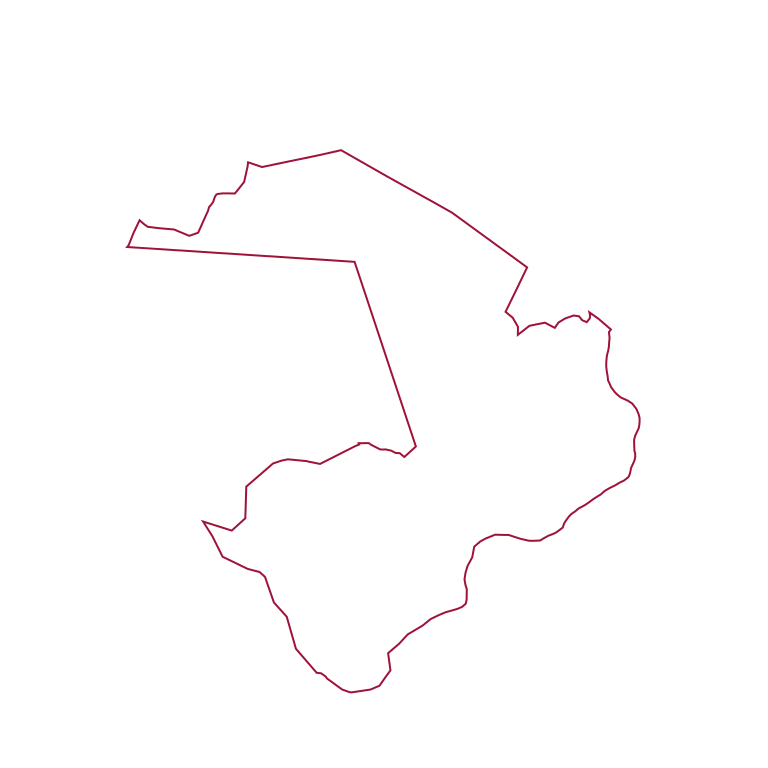 San Bartolomé Ayautla, Oaxaca, Mexico, rotated 331°
{"feature_id": "50627088B49062393925558", "entity_name": "San Bartolomé Ayautla", "entity_type": "district", "adm_level": 2, "iso_a3": "MEX", "parent_name": "Mexico", "parent_adm1": "Oaxaca", "projection": "albers", "projection_center": [-96.67, 18.058], "detail": "fine", "context": "isolated", "style": "outline", "palette": "rose", "viewbox_px": 768, "rotation_deg": 331, "n_neighbors": 0, "source": "geoboundaries", "source_scale": "gbopen_adm2", "svg_char_len": 2542}
<svg xmlns="http://www.w3.org/2000/svg" viewBox="0 0 768 768"><g transform="rotate(331 384 384)"><path d="M233.8,645.7L243.6,640.9L250.8,637.6L257.1,621.4L271.2,618.5L283.5,614.5L300.5,614.0L310.9,612.2L320.0,612.7L327.3,613.5L333.5,615.0L339.3,616.3L344.3,616.8L348.9,615.8L351.5,613.0L356.9,603.7L357.9,599.0L359.7,593.9L363.8,588.6L368.8,583.7L377.1,578.4L384.1,570.0L391.8,568.4L397.8,568.4L408.2,569.7L414.1,573.2L419.9,576.5L424.4,581.4L428.7,585.9L434.6,591.2L436.6,592.4L437.7,593.1L440.5,594.5L444.7,596.6L448.3,596.4L454.4,596.4L458.9,597.1L462.2,597.3L466.0,596.9L470.8,596.2L473.8,593.4L476.6,591.8L481.4,589.6L485.0,588.5L489.4,588.1L493.7,587.2L498.3,587.3L500.9,587.3L504.6,587.0L511.0,586.2L516.0,585.8L520.0,585.7L525.3,584.5L530.9,584.4L537.3,584.7L542.7,584.5L547.1,584.8L552.7,583.9L555.5,581.8L557.5,579.5L559.1,577.5L561.3,575.8L563.9,573.9L566.0,572.3L568.4,569.6L570.0,566.5L570.8,563.5L571.8,561.6L572.5,560.1L574.0,557.2L575.8,553.9L578.8,550.9L582.6,548.1L585.3,546.2L587.6,543.4L589.3,540.8L591.1,537.5L592.1,533.7L592.2,532.2L592.6,529.4L592.5,526.9L591.6,521.3L590.6,519.5L589.2,516.8L584.6,510.6L583.2,507.3L582.0,503.4L581.6,500.6L581.1,496.8L581.5,493.1L581.7,489.5L583.4,485.5L584.9,481.1L587.0,476.1L589.6,471.7L592.9,467.0L596.3,463.5L598.8,460.4L601.0,456.9L603.5,453.3L605.9,447.7L608.9,446.3L603.2,430.9L598.4,420.9L597.6,423.8L595.7,426.4L591.3,428.2L588.3,424.4L587.4,419.3L583.0,416.0L574.0,414.5L566.4,414.8L560.6,417.7L554.5,408.4L539.4,403.6L524.9,405.9L528.9,398.9L528.7,388.4L525.3,379.8L543.5,367.1L565.7,351.4L562.7,344.9L526.6,267.2L515.6,249.3L487.6,204.4L482.8,196.5L459.8,158.7L436.6,151.9L405.5,142.2L382.5,135.1L372.6,124.2L370.0,127.8L359.6,139.5L346.0,145.1L335.6,139.2L330.5,137.1L329.1,137.1L327.0,138.2L324.7,140.2L322.8,142.0L319.5,143.5L316.7,144.5L314.1,147.2L309.7,150.4L294.8,161.6L285.5,160.0L275.3,147.1L263.0,138.8L253.6,132.0L251.5,127.6L249.6,122.3L238.1,130.5L228.0,138.8L225.8,139.7L417.5,262.9L411.1,297.1L381.6,454.1L366.4,457.7L364.2,452.1L360.8,450.0L358.0,445.8L353.7,442.0L351.6,441.0L348.9,439.3L346.2,435.3L343.2,430.9L342.0,428.3L333.1,423.5L332.9,424.9L329.0,424.4L289.3,422.9L280.5,415.4L278.6,413.7L263.5,403.3L257.1,401.3L248.4,399.7L213.8,407.0L197.6,434.2L179.8,438.4L159.1,416.6L160.1,433.9L159.1,456.9L175.1,479.6L184.0,488.1L186.4,495.0L181.8,521.7L186.1,540.4L178.6,572.9L185.1,603.9L188.8,606.6L191.2,611.7L191.3,613.8L199.2,630.8L204.0,636.3L205.9,637.9L209.1,639.1L224.1,644.7L233.8,645.7Z" fill="none" stroke="#9f1239" stroke-width="2"/></g></svg>